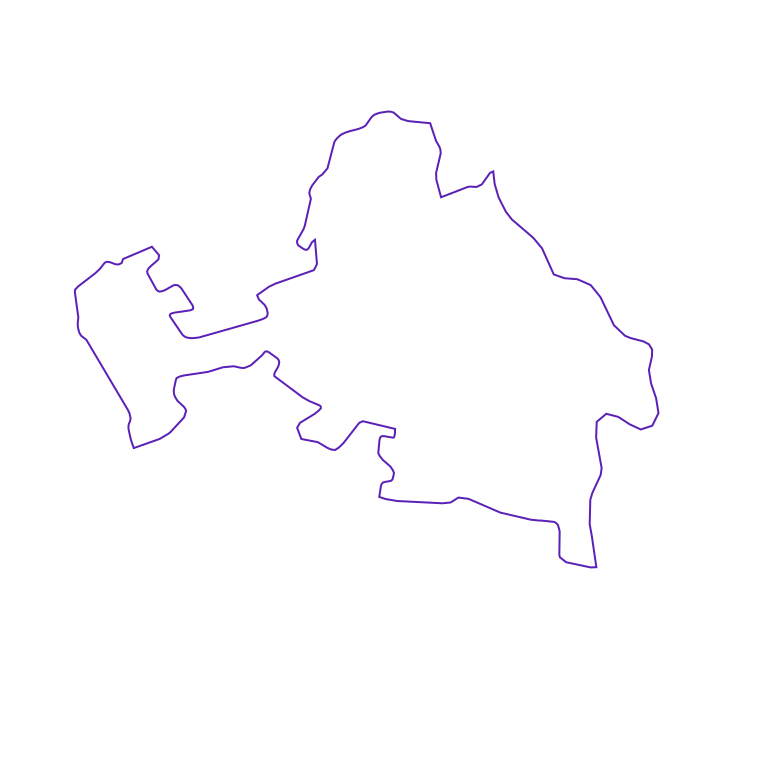 the Republic of North Ossetia, rotated 247°
{"feature_id": "RUS-2305", "entity_name": "North Ossetia", "entity_type": "Republic", "adm_level": 1, "iso_a3": "RUS", "parent_name": "Russia", "parent_adm1": "", "projection": "natural_earth1", "projection_center": [44.363, 43.191], "detail": "fine", "context": "isolated", "style": "outline", "palette": "violet", "viewbox_px": 768, "rotation_deg": 247, "n_neighbors": 0, "source": "natural_earth", "source_scale": "10m", "svg_char_len": 3454}
<svg xmlns="http://www.w3.org/2000/svg" viewBox="0 0 768 768"><g transform="rotate(247 384 384)"><path d="M311.0,644.3L304.8,641.5L300.7,638.6L293.4,633.3L280.3,630.1L264.5,628.9L250.0,625.3L240.8,614.7L241.8,602.6L250.9,594.4L262.2,586.8L269.7,577.0L266.1,565.1L260.3,562.3L251.7,558.3L221.6,551.5L215.6,547.9L202.3,533.2L196.9,528.7L174.7,518.6L162.5,515.8L132.4,507.9L134.5,502.4L148.8,482.0L155.8,478.2L158.4,478.7L179.4,488.0L182.3,488.6L186.4,489.0L188.8,488.1L190.6,486.7L196.8,475.5L197.7,473.4L201.8,466.0L220.1,440.9L245.3,416.9L250.4,408.1L248.9,399.0L251.4,391.1L271.2,350.3L277.6,340.4L281.9,335.5L291.4,341.4L292.9,342.8L293.7,344.6L293.5,346.7L292.4,351.0L292.2,353.0L293.0,354.7L298.0,358.4L301.2,358.5L305.6,357.6L314.4,353.3L319.1,352.0L322.6,351.7L333.9,357.8L335.3,358.8L336.5,360.0L336.8,361.6L336.2,363.3L331.1,371.3L330.9,372.0L331.3,372.7L333.9,374.6L338.3,376.7L358.0,350.0L357.9,346.0L345.5,323.7L343.1,317.5L342.4,313.2L343.4,311.3L344.5,309.6L347.5,306.8L356.4,300.3L365.7,286.4L377.6,286.9L381.1,291.5L383.5,308.0L384.9,313.1L386.2,316.3L387.9,317.0L389.3,316.5L397.4,308.6L403.4,304.0L433.9,286.2L435.7,286.7L437.2,287.9L441.0,293.0L442.7,294.6L445.0,296.1L447.2,296.4L449.2,295.9L458.1,290.5L459.6,289.2L460.3,287.6L459.9,286.3L458.1,283.0L453.2,268.6L453.3,262.2L453.9,260.2L455.0,258.3L459.0,252.7L462.3,242.4L463.9,226.9L470.0,203.3L470.7,198.9L470.5,195.5L469.2,194.1L461.1,188.4L459.0,187.5L456.7,186.8L454.0,186.6L449.2,187.3L441.2,190.9L439.0,191.4L436.6,191.4L431.4,186.9L423.4,169.2L422.5,166.4L421.1,156.0L422.8,128.6L431.4,129.2L442.2,131.2L444.6,132.1L446.8,133.4L449.1,135.8L451.6,137.4L456.3,138.2L459.6,138.2L541.0,127.3L546.5,124.2L548.8,123.7L551.5,123.7L554.2,124.1L557.0,124.8L559.6,125.8L564.9,128.7L589.6,135.4L591.5,136.5L593.3,140.5L598.7,161.3L601.1,167.7L604.7,174.2L604.9,176.5L603.0,179.6L599.5,183.2L598.3,185.0L597.7,187.1L597.9,189.8L601.0,192.7L601.0,224.0L590.4,227.3L586.9,225.1L585.4,221.1L584.2,217.0L582.7,213.0L581.6,211.3L580.2,210.0L578.1,209.5L560.0,211.3L558.2,212.1L556.7,213.5L556.1,216.6L556.0,219.2L557.1,228.8L556.5,231.1L555.1,233.1L551.4,234.8L531.2,238.5L529.0,238.3L527.6,237.4L527.5,235.5L527.8,233.3L531.5,219.3L531.9,216.9L531.9,214.8L531.0,213.6L529.3,213.5L508.2,217.7L505.9,218.8L503.8,220.6L501.7,224.1L500.6,226.8L499.1,232.0L491.5,292.7L491.2,297.8L491.3,300.2L491.6,302.1L492.7,303.4L494.6,304.6L499.2,305.5L503.2,305.1L510.7,301.9L515.3,301.9L515.4,302.0L518.5,316.3L518.8,323.4L516.2,363.9L518.7,367.0L520.7,369.2L543.7,376.8L542.7,373.2L539.1,368.6L538.1,367.1L537.7,365.3L538.5,363.8L540.0,362.5L545.2,359.2L547.4,359.1L549.9,360.0L558.1,370.6L560.7,373.0L583.1,389.1L588.6,389.7L591.6,391.6L594.8,395.4L600.1,404.7L601.0,409.0L604.6,416.2L626.2,432.9L627.8,435.3L628.5,436.8L629.3,438.8L630.0,440.8L630.4,443.0L630.5,446.6L630.1,451.3L628.8,459.9L628.6,464.4L629.0,467.7L630.0,469.5L634.3,476.4L635.1,478.4L635.6,480.5L635.6,483.3L635.2,486.6L633.2,494.3L631.8,496.9L630.0,499.0L621.4,503.2L616.6,508.9L606.0,528.4L587.6,526.9L580.6,527.7L577.7,527.5L574.1,526.3L557.9,514.4L551.6,512.0L533.6,509.5L532.7,538.0L532.1,540.3L529.2,546.2L529.5,552.0L536.9,564.1L537.0,567.6L524.8,564.0L511.0,562.4L494.8,563.5L485.5,566.0L460.3,578.5L447.1,582.5L418.5,583.1L410.9,591.4L404.9,602.9L398.9,608.6L394.3,612.9L390.6,614.0L379.3,617.2L348.3,618.6L334.2,624.7L329.8,629.1L321.8,639.5L317.0,643.4L311.0,644.3Z" fill="none" stroke="#5b21b6" stroke-width="2"/></g></svg>